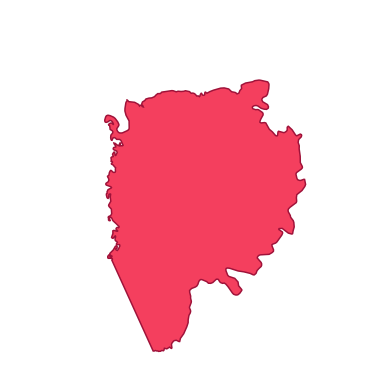 the district of Chitré, Herrera, Panama, rotated 323°
{"feature_id": "35544464B26445161390898", "entity_name": "Chitré", "entity_type": "district", "adm_level": 2, "iso_a3": "PAN", "parent_name": "Panama", "parent_adm1": "Herrera", "projection": "natural_earth1", "projection_center": [-80.453, 7.98], "detail": "fine", "context": "isolated", "style": "filled", "palette": "rose", "viewbox_px": 384, "rotation_deg": 323, "n_neighbors": 0, "source": "geoboundaries", "source_scale": "gbopen_adm2", "svg_char_len": 6049}
<svg xmlns="http://www.w3.org/2000/svg" viewBox="0 0 384 384"><g transform="rotate(323 192 192)"><path d="M111.6,167.3L113.0,175.6L112.7,176.1L111.8,176.3L111.3,175.5L110.6,175.2L109.5,175.4L108.9,176.2L109.3,178.1L108.9,178.5L108.3,178.1L106.5,175.6L105.4,175.4L103.8,177.6L100.5,179.8L100.5,180.8L101.0,181.5L103.6,180.9L104.3,180.9L104.4,181.2L104.0,181.9L102.4,183.0L101.7,184.2L101.6,185.0L102.1,186.4L102.1,187.3L100.5,187.9L100.1,188.4L100.6,189.2L102.3,190.2L102.4,190.8L101.9,191.7L98.7,193.4L97.1,193.7L96.6,192.7L96.7,191.5L98.4,191.7L99.4,190.5L99.0,189.4L98.2,189.2L94.2,190.9L89.5,191.6L89.0,192.1L88.9,192.8L88.9,193.6L89.5,194.9L89.1,195.5L88.4,195.4L87.7,194.6L88.0,192.8L87.6,192.2L86.0,192.7L85.1,193.9L85.3,194.6L87.9,196.6L88.2,197.4L87.7,198.1L87.0,198.1L65.3,295.6L66.0,296.2L67.4,296.6L68.2,297.8L69.1,298.4L69.3,299.1L71.0,300.2L72.5,300.4L73.7,301.6L74.3,301.5L75.9,300.2L77.5,302.1L80.8,302.4L81.2,304.1L81.6,304.6L82.2,304.3L83.8,301.5L84.8,300.7L87.3,300.0L88.3,300.0L90.2,300.9L91.7,303.7L92.2,304.0L94.7,301.9L100.1,300.2L106.6,296.6L110.2,294.1L112.0,291.8L115.3,288.7L117.7,287.6L118.9,286.7L119.6,285.6L120.2,283.2L120.7,282.4L124.7,279.9L125.7,278.9L127.0,275.9L128.3,274.3L129.6,271.0L130.8,269.2L133.6,268.8L137.5,269.9L139.2,270.0L141.1,269.3L143.5,267.6L145.0,267.1L146.4,267.2L147.3,268.1L149.8,272.4L150.2,274.7L152.0,276.2L154.1,276.8L158.9,276.3L160.2,277.2L160.4,278.1L160.1,280.4L160.4,281.7L161.4,283.3L163.0,284.2L163.6,286.0L163.8,289.0L163.5,297.1L163.7,298.7L164.8,300.4L165.9,301.3L167.0,301.7L169.3,301.6L172.6,300.5L173.0,299.9L172.8,294.9L174.6,291.6L174.2,286.7L170.7,281.7L170.4,280.1L171.7,275.5L172.5,274.1L173.4,273.6L174.7,274.1L176.2,275.6L181.3,282.8L185.4,287.0L189.4,291.9L191.1,295.1L191.9,295.7L194.2,295.5L196.7,293.9L199.2,293.4L202.3,293.1L203.3,292.6L204.4,291.3L204.8,289.8L204.4,284.0L205.0,283.4L205.9,283.0L207.6,282.9L208.9,283.4L216.1,288.2L219.5,288.6L221.3,288.4L222.3,287.3L223.4,283.4L224.1,282.2L225.0,282.2L228.1,283.1L229.7,283.0L237.7,280.5L239.5,279.5L240.0,278.8L240.1,278.1L238.8,274.4L238.9,273.9L239.5,273.6L242.1,275.3L244.2,282.8L246.1,285.3L246.7,285.8L247.3,285.8L249.2,284.0L252.6,281.4L255.0,277.6L255.6,275.8L255.6,271.5L256.4,269.8L257.0,265.8L257.5,264.7L258.2,264.0L259.1,263.5L261.0,263.2L268.9,263.2L270.1,262.3L271.9,259.4L274.1,257.2L280.8,257.0L285.4,255.5L287.3,254.3L289.5,249.7L289.0,249.2L285.8,248.2L284.7,247.3L284.0,246.2L283.8,245.3L284.0,244.2L285.8,240.2L287.2,239.4L293.0,239.5L294.2,239.3L295.0,238.8L295.5,237.8L296.2,233.7L299.9,228.6L303.5,222.1L305.5,219.6L306.6,216.3L308.7,214.3L312.5,213.7L313.7,212.7L313.9,212.0L313.3,210.9L309.6,210.2L309.2,209.7L309.0,208.6L309.4,202.6L308.6,197.9L308.4,197.4L307.0,197.6L305.4,199.7L304.5,200.2L303.5,200.3L301.8,200.2L300.9,199.7L297.7,195.6L296.8,195.8L294.4,198.3L293.8,198.4L293.1,197.9L292.7,197.0L292.4,192.4L291.5,188.4L292.5,181.3L291.7,180.2L288.8,178.5L288.2,177.2L288.6,176.6L290.6,175.3L295.2,173.2L296.1,171.8L296.0,170.4L294.6,166.3L293.9,165.5L292.4,164.6L290.8,162.3L290.7,161.7L291.2,160.6L291.9,160.3L293.3,160.4L295.2,161.4L296.3,162.8L297.6,166.8L299.4,169.2L301.3,170.9L303.4,170.9L304.4,169.9L304.9,167.7L302.8,162.5L303.2,160.5L303.9,159.8L305.6,159.2L309.2,160.0L311.1,159.3L315.4,155.7L318.1,152.6L318.6,151.5L318.7,149.6L313.9,143.9L312.8,142.9L309.2,140.9L306.7,140.4L300.3,137.2L295.8,136.4L295.2,136.9L293.9,139.2L291.1,139.9L289.1,141.2L287.3,140.9L286.8,140.4L286.8,139.4L286.4,138.5L284.0,135.8L283.3,131.8L280.4,128.3L277.4,126.3L270.4,123.6L266.8,122.6L263.5,122.1L263.2,121.8L263.0,120.6L262.7,120.2L261.9,120.5L260.7,121.9L259.6,121.9L258.7,120.9L259.0,119.1L258.8,118.7L257.6,119.0L255.9,120.2L255.3,120.3L254.8,119.0L253.5,118.1L253.5,116.2L253.0,114.6L252.2,113.5L250.8,112.7L250.4,110.3L247.7,107.2L246.0,106.6L243.8,105.2L241.5,103.1L239.7,102.5L237.9,99.8L236.9,98.9L228.1,94.1L227.6,94.0L226.1,94.4L223.8,92.8L221.3,92.9L219.5,93.3L216.5,92.6L214.1,91.1L211.2,90.0L209.4,90.5L206.6,90.3L205.0,91.3L204.4,92.1L204.6,93.6L204.3,94.7L203.8,94.0L203.8,92.9L203.4,91.9L202.8,91.5L201.8,91.7L202.0,89.9L200.2,85.9L195.9,81.8L195.7,79.7L195.5,79.4L194.9,80.1L193.4,80.6L192.5,81.3L188.8,84.9L187.2,86.9L185.5,91.0L184.5,97.4L180.2,103.3L179.3,103.9L178.5,104.1L177.0,104.0L172.0,102.9L170.7,102.1L169.6,101.1L169.2,100.1L169.1,98.6L169.5,97.0L170.0,96.2L173.5,94.9L174.3,94.0L174.9,91.3L174.9,87.0L174.4,85.0L172.6,81.8L171.1,80.1L169.6,79.6L168.2,80.1L165.9,81.8L165.1,82.7L164.8,83.8L165.1,84.5L165.8,85.0L167.3,85.4L169.2,85.4L170.2,86.1L170.7,87.7L170.3,90.1L170.0,90.6L169.7,90.6L169.4,88.8L168.7,88.1L167.5,87.7L166.0,87.9L165.7,88.6L166.1,89.3L166.0,89.7L164.3,92.8L165.2,95.2L165.0,96.3L164.0,97.2L161.9,97.6L160.9,98.3L159.6,99.9L158.9,101.4L158.9,102.3L159.2,102.6L161.5,101.3L162.6,101.7L163.3,102.9L163.5,104.6L165.9,106.5L166.3,108.1L165.1,113.2L164.5,113.3L162.1,111.7L163.9,110.5L164.3,110.0L164.1,109.5L161.9,110.6L161.1,110.6L160.6,109.7L159.9,106.9L159.1,105.9L158.8,106.6L158.7,109.2L158.3,110.1L156.2,109.4L155.4,109.7L154.9,110.5L155.1,111.5L156.5,113.9L156.0,115.5L153.2,116.9L152.9,116.8L152.7,116.4L154.2,113.7L153.8,113.2L153.1,113.3L151.3,114.0L150.4,116.3L148.8,115.7L147.9,115.9L146.8,117.9L145.9,118.7L146.5,119.4L146.5,120.2L146.0,120.6L144.9,120.6L144.5,121.3L145.3,123.1L145.3,125.2L145.6,126.6L144.6,127.5L143.3,129.5L142.4,129.9L141.4,129.4L140.9,128.7L140.5,126.3L140.0,125.8L139.4,125.9L137.8,126.7L135.8,128.5L134.0,128.6L133.7,129.3L133.6,130.6L132.9,132.3L132.3,132.8L131.1,133.4L128.8,133.3L128.1,133.6L127.7,134.3L127.8,135.0L130.3,138.9L130.4,140.0L129.9,140.2L126.4,139.6L124.3,140.7L123.5,141.9L122.7,141.9L121.9,142.7L120.9,144.9L120.8,146.0L121.1,146.6L121.8,146.5L124.3,143.9L125.5,144.3L125.7,144.8L123.7,146.8L121.6,150.5L117.9,152.1L117.3,152.6L117.0,153.7L117.3,157.1L114.8,161.0L112.9,161.9L110.6,161.4L109.9,161.7L109.4,162.9L108.5,164.1L108.5,164.8L109.1,165.5L109.5,165.6L110.1,163.4L111.1,163.0L111.9,163.4L112.2,164.4L111.6,167.3Z" fill="#f43f5e" stroke="#9f1239" stroke-width="1.5"/></g></svg>